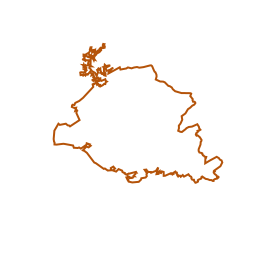 Acámbaro, Guanajuato, Mexico (Equal Earth projection), rotated 240°
{"feature_id": "50627088B76042222329638", "entity_name": "Acámbaro", "entity_type": "district", "adm_level": 2, "iso_a3": "MEX", "parent_name": "Mexico", "parent_adm1": "Guanajuato", "projection": "equal_earth", "projection_center": [-100.633, 20.071], "detail": "fine", "context": "isolated", "style": "outline", "palette": "amber", "viewbox_px": 256, "rotation_deg": 240, "n_neighbors": 0, "source": "geoboundaries", "source_scale": "gbopen_adm2", "svg_char_len": 5937}
<svg xmlns="http://www.w3.org/2000/svg" viewBox="0 0 256 256"><g transform="rotate(240 128 128)"><path d="M51.1,157.8L50.2,159.2L49.4,158.8L46.9,159.0L46.6,160.1L46.6,161.8L47.8,162.3L48.0,163.0L47.6,166.1L48.0,166.7L48.7,166.9L48.9,168.0L45.1,169.8L43.8,171.4L42.0,172.8L41.3,174.1L39.8,174.9L39.4,175.6L40.2,176.1L40.3,177.7L39.7,179.8L40.1,180.0L39.8,181.3L40.2,181.9L41.1,181.6L41.7,180.8L42.9,180.9L44.8,180.1L46.5,179.9L47.5,180.6L47.1,181.5L48.0,181.6L48.7,188.9L51.0,192.4L53.1,192.8L54.9,191.7L56.3,191.7L58.7,190.4L58.9,182.8L58.8,177.2L62.8,179.7L63.0,180.5L63.8,181.3L64.8,180.0L66.4,179.7L66.9,179.2L68.7,179.6L68.9,179.2L69.5,179.3L71.1,177.6L72.8,177.7L74.3,178.6L77.4,182.5L79.6,184.0L79.8,184.7L80.8,185.7L84.1,185.6L87.0,184.5L87.1,183.5L88.3,183.4L89.4,184.5L89.4,185.7L89.7,186.4L90.8,186.7L90.6,187.7L90.2,187.8L90.3,189.8L92.0,189.5L93.6,190.0L96.6,189.9L97.2,184.2L98.5,181.1L98.6,178.5L98.2,177.2L97.6,172.7L98.6,171.4L100.5,170.1L102.3,172.0L104.6,173.2L105.6,175.7L108.0,179.1L111.4,180.4L111.9,185.0L114.3,189.3L114.5,192.1L115.2,194.8L115.1,197.1L115.9,198.8L116.6,199.0L117.5,198.7L118.2,197.5L119.9,197.8L120.6,198.5L124.5,197.9L126.1,199.9L126.7,199.7L127.8,198.1L131.5,191.8L136.3,187.2L139.2,186.2L141.2,186.2L143.3,185.1L144.3,184.0L149.2,182.7L150.6,181.6L152.2,179.1L156.1,176.3L158.3,178.5L160.0,179.3L162.6,179.6L163.3,179.2L164.5,179.2L169.5,179.8L170.6,179.4L171.1,178.6L173.0,171.8L174.6,167.9L176.3,166.3L177.4,163.4L177.9,160.9L180.5,158.2L180.4,156.3L182.4,150.7L184.7,151.2L185.0,138.3L186.5,139.5L186.7,141.5L187.5,144.3L187.4,145.4L187.7,144.2L187.4,141.4L188.3,137.9L190.5,138.4L191.3,139.5L191.1,143.9L191.9,142.4L192.5,140.1L194.4,139.5L193.0,138.4L192.8,137.9L193.1,137.1L191.7,137.1L188.8,135.3L186.8,135.9L184.5,134.7L185.5,133.8L186.3,134.5L186.4,133.8L187.1,134.0L187.1,133.6L187.8,133.4L187.5,132.8L188.0,132.3L188.9,132.6L189.6,131.7L190.6,132.9L191.4,132.7L193.2,133.7L193.1,133.3L193.6,132.8L195.1,131.9L192.9,132.0L193.6,130.3L190.9,129.9L190.6,129.0L188.7,126.9L192.3,127.0L195.2,125.3L198.1,125.0L199.3,124.5L200.6,125.4L199.5,127.3L200.7,126.7L206.3,130.1L207.2,131.4L204.9,132.4L203.7,132.3L204.3,133.0L203.8,133.4L207.6,133.2L209.6,132.0L209.7,132.6L208.8,132.7L207.5,133.7L207.7,135.4L208.2,135.4L208.8,135.9L208.1,136.5L207.4,136.1L207.7,136.6L207.4,137.1L208.1,137.9L208.0,141.1L208.3,142.2L208.7,142.6L208.7,143.4L209.2,143.4L210.4,145.3L209.6,146.5L209.2,147.9L210.3,148.7L211.9,148.7L212.4,149.5L213.2,148.6L212.4,147.6L211.6,147.4L210.7,147.8L210.1,147.3L211.2,144.5L210.7,142.9L210.1,142.5L210.0,139.8L209.3,138.4L210.2,137.3L211.4,138.1L210.8,136.7L211.3,136.5L211.3,134.7L212.3,135.2L212.9,136.9L213.5,135.4L214.5,135.4L216.2,136.7L216.6,135.9L214.8,134.0L213.6,133.6L212.8,131.7L212.8,130.3L211.9,131.2L210.6,131.1L209.1,129.9L208.6,130.3L208.5,129.8L209.9,128.5L211.2,128.2L211.9,128.5L212.4,127.9L212.1,128.0L211.6,127.0L212.0,127.2L211.9,126.5L212.2,126.4L212.2,126.9L212.6,127.2L212.5,126.1L213.1,125.8L212.2,125.3L211.7,125.6L210.2,125.2L209.8,124.5L210.1,123.6L209.8,122.6L209.3,125.0L208.9,125.0L208.5,124.2L207.6,124.6L207.1,124.0L207.6,125.7L206.2,128.0L205.3,127.8L205.1,127.0L203.8,125.7L202.6,125.9L202.6,123.7L202.8,123.1L203.6,122.7L203.2,122.0L204.3,121.3L204.9,121.4L204.6,121.1L205.0,120.5L203.8,121.0L203.1,120.7L203.2,120.0L202.5,119.6L202.3,120.4L201.3,120.9L201.5,121.6L200.9,122.0L200.4,121.6L200.4,119.9L199.6,120.9L198.9,121.0L199.0,119.6L198.1,119.6L197.8,118.7L198.3,117.9L198.1,117.1L199.0,116.4L199.8,115.2L199.5,114.6L199.7,114.3L197.5,113.4L196.7,115.4L195.8,115.4L196.0,117.0L194.8,117.4L195.8,118.6L195.0,118.8L195.0,119.7L194.4,119.9L195.7,123.2L194.6,123.1L193.2,124.0L191.9,122.8L191.9,124.7L189.9,124.4L189.8,123.6L189.4,123.3L188.7,124.3L188.2,124.4L187.0,122.2L187.4,121.6L187.2,120.4L187.0,121.3L186.1,121.7L186.9,125.6L186.6,127.2L185.9,127.2L185.4,127.6L184.9,128.9L184.5,128.7L184.6,125.2L185.1,123.5L185.1,123.1L184.7,123.3L183.6,124.8L182.7,128.4L182.1,128.6L181.6,132.7L179.9,132.3L178.8,132.9L178.8,131.6L177.4,130.3L178.1,129.3L177.7,127.7L177.8,124.7L178.5,124.1L179.4,125.2L180.3,123.8L180.7,124.0L180.8,123.2L181.7,124.0L182.0,123.9L181.6,122.9L182.7,122.7L183.2,121.8L182.9,120.9L183.5,120.7L183.5,119.2L181.0,118.5L176.6,104.2L175.8,99.3L176.1,94.9L174.7,93.0L175.8,91.8L175.6,90.9L174.3,89.9L172.0,91.7L171.5,93.2L169.5,91.2L169.6,92.5L168.4,92.6L168.3,91.5L167.7,91.6L166.9,90.8L159.1,90.0L158.4,78.6L159.5,78.3L160.5,77.1L162.8,76.3L164.8,70.5L166.5,69.9L162.5,62.9L155.6,58.1L153.1,57.1L152.3,57.2L150.5,56.1L149.4,57.7L146.7,64.0L145.9,65.1L140.3,71.7L138.0,71.2L135.8,74.5L135.6,75.9L133.7,76.9L134.3,83.7L135.4,84.6L133.2,86.5L133.1,85.9L131.3,86.8L130.9,84.2L132.7,82.7L131.2,77.8L129.9,78.8L127.0,80.0L115.0,81.5L113.5,82.6L104.7,86.6L104.5,87.7L101.3,89.2L99.8,92.3L101.9,93.1L101.9,96.0L99.4,96.5L99.0,93.5L96.2,95.9L97.1,99.3L94.0,101.6L92.5,101.2L90.7,102.7L90.3,102.3L88.8,103.0L88.4,102.3L88.7,103.2L88.1,105.4L88.2,105.8L87.9,106.1L86.0,113.0L85.5,113.0L85.7,112.8L85.3,112.0L84.6,111.7L83.8,109.0L83.0,109.3L83.3,108.8L82.6,107.3L83.0,106.9L82.8,106.3L83.7,105.5L83.4,105.2L83.8,104.3L84.6,104.5L85.2,104.1L85.5,104.4L86.5,103.7L85.5,102.8L85.9,101.9L83.0,101.7L83.1,102.4L81.2,101.8L78.7,104.5L76.0,110.4L76.8,113.5L77.8,114.4L76.3,118.5L76.9,120.2L78.8,120.9L79.2,121.8L83.5,121.5L82.8,123.1L81.3,123.1L79.6,123.8L78.4,125.9L77.7,125.7L76.9,130.8L78.4,133.7L78.1,133.9L73.8,129.6L73.0,131.5L74.5,132.7L74.8,134.0L73.2,133.4L72.5,134.1L73.5,135.6L73.3,135.8L72.1,136.9L68.7,135.0L68.1,136.2L67.4,142.5L66.7,142.4L66.6,143.5L65.5,143.3L65.5,144.1L66.3,143.7L66.2,144.5L65.9,144.5L65.8,144.9L66.5,145.5L66.6,147.3L65.5,147.4L65.0,147.9L64.5,147.2L64.0,147.5L63.0,147.2L63.0,147.6L62.5,147.7L61.8,147.1L60.9,147.2L61.1,148.3L60.7,149.2L59.4,149.3L59.9,151.9L57.9,152.2L57.7,157.2L55.7,157.4L54.2,158.3L53.4,158.3L52.5,157.6L51.1,157.8Z" fill="none" stroke="#b45309" stroke-width="2"/></g></svg>